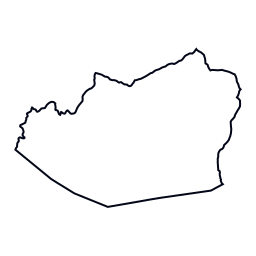 Dewathang, Samdrup Jongkhar, Bhutan
{"feature_id": "84629894B17444418606578", "entity_name": "Dewathang", "entity_type": "district", "adm_level": 2, "iso_a3": "BTN", "parent_name": "Bhutan", "parent_adm1": "Samdrup Jongkhar", "projection": "mercator", "projection_center": [91.51, 26.857], "detail": "fine", "context": "isolated", "style": "outline", "palette": "ink", "viewbox_px": 256, "rotation_deg": 0, "n_neighbors": 0, "source": "geoboundaries", "source_scale": "gbopen_adm2", "svg_char_len": 3776}
<svg xmlns="http://www.w3.org/2000/svg" viewBox="0 0 256 256"><path d="M228.2,71.6L225.0,70.8L221.9,69.9L217.9,70.3L212.4,69.9L210.4,70.4L209.4,69.1L208.2,66.9L207.7,65.0L207.0,64.3L205.5,63.4L205.1,58.9L203.9,54.9L201.3,52.6L198.5,51.1L196.9,50.0L196.3,49.1L195.9,49.6L195.0,50.7L194.3,51.9L192.4,53.5L191.6,53.5L189.6,53.4L188.0,54.4L186.4,55.1L184.8,56.2L183.5,58.0L182.4,59.4L181.1,60.5L179.3,60.9L176.8,62.6L175.2,63.6L173.9,64.0L172.9,63.6L171.5,63.6L169.7,63.9L168.3,64.4L167.0,65.2L165.6,66.4L162.6,67.3L160.4,68.5L159.0,69.3L156.4,70.0L154.8,70.8L153.8,71.6L152.2,72.8L150.6,73.2L148.3,74.7L145.9,76.2L143.4,77.5L141.1,78.7L138.7,79.3L136.5,80.1L134.8,80.3L134.3,81.1L133.6,82.6L132.9,83.3L132.0,84.6L131.6,85.2L131.1,85.7L130.2,86.1L129.4,86.1L128.7,85.9L128.2,85.6L127.2,84.9L127.0,84.6L125.8,84.5L125.0,84.4L124.3,84.3L123.7,84.0L123.0,83.5L122.0,82.8L121.4,82.3L120.9,82.2L120.2,82.2L119.4,82.6L118.9,82.5L118.3,82.2L117.7,81.7L116.6,80.9L115.4,80.4L114.3,80.2L113.9,80.1L113.3,80.1L112.4,80.1L111.6,80.0L111.0,79.7L109.9,79.4L109.3,78.6L108.2,77.4L106.6,76.8L104.9,76.6L103.6,75.8L101.5,74.6L96.7,73.2L95.6,73.0L94.9,74.2L94.5,75.7L94.5,76.5L94.7,78.6L94.2,79.7L94.4,81.2L94.7,83.6L94.3,85.4L93.1,86.7L91.9,87.9L90.6,88.7L89.7,88.8L88.5,89.6L87.6,90.2L86.3,91.2L85.4,92.2L84.5,93.4L83.3,94.9L82.8,95.9L82.5,96.8L82.6,98.2L82.7,99.3L82.4,101.2L81.2,102.6L80.1,103.9L79.1,105.1L78.2,106.4L77.3,107.9L76.6,109.4L76.0,111.0L75.2,112.6L74.6,113.0L73.7,113.5L72.2,113.7L71.2,113.8L70.0,113.0L68.6,111.3L67.5,110.4L66.9,110.7L66.1,111.6L65.2,113.2L64.6,113.7L63.6,113.5L62.6,113.0L61.8,112.3L61.1,112.0L60.8,112.2L60.8,113.2L60.6,113.9L60.2,114.8L59.5,114.6L58.7,113.5L58.1,111.7L57.7,110.7L56.7,110.2L55.8,110.1L55.3,109.6L55.5,108.5L55.6,107.5L55.5,106.5L55.3,105.4L55.1,104.3L55.3,103.4L54.8,103.0L53.7,102.1L52.3,101.9L51.2,101.9L49.5,102.7L48.4,103.5L46.8,105.0L45.7,106.8L44.9,108.0L44.5,108.1L43.2,108.3L42.0,108.3L41.3,108.6L40.5,109.5L39.6,110.5L38.7,111.2L37.6,111.7L36.9,111.6L36.4,110.9L35.7,109.7L35.0,109.3L34.0,109.2L33.3,108.7L32.6,107.8L32.1,107.5L31.8,108.1L31.5,108.5L31.5,109.7L31.0,110.9L30.5,111.5L29.0,112.4L27.9,112.8L27.4,113.2L27.1,113.4L26.9,114.0L27.5,115.2L27.7,115.8L27.5,116.5L26.3,117.8L26.3,119.1L26.2,119.7L25.7,121.0L25.5,121.6L25.4,122.5L24.8,123.0L23.8,123.5L21.7,124.5L20.7,124.9L20.2,125.5L20.1,126.3L20.5,126.8L21.4,127.4L21.9,127.8L22.6,128.5L23.3,130.4L23.6,131.8L23.4,132.8L23.0,133.3L22.6,134.2L22.6,135.1L22.9,135.7L23.6,136.7L24.5,137.4L24.4,138.1L24.0,138.3L22.9,138.3L22.0,138.1L20.7,137.5L19.8,137.4L19.0,137.8L18.5,138.5L18.5,139.4L18.8,140.5L18.7,141.3L18.5,141.7L17.7,142.4L17.3,143.5L17.2,144.5L17.1,145.7L16.9,147.0L16.3,147.7L15.9,148.3L15.4,149.7L51.0,178.9L58.0,183.3L74.4,193.4L107.8,206.9L145.3,200.4L147.3,200.0L160.6,197.8L210.9,190.6L222.8,184.2L222.5,183.9L222.1,183.6L221.5,182.7L221.3,182.2L221.1,181.6L220.9,181.1L220.7,180.7L220.9,180.0L221.0,179.5L220.7,178.9L220.4,178.4L220.3,177.3L219.9,175.8L219.7,174.3L219.7,173.6L219.9,172.9L219.8,171.9L219.6,171.1L218.8,170.6L218.2,170.0L218.2,168.6L218.0,166.6L217.9,164.6L217.7,162.2L217.8,160.6L217.7,158.8L218.2,157.0L218.2,155.7L218.3,153.8L218.6,152.5L219.6,150.7L220.6,149.6L222.0,149.1L223.2,147.9L223.9,146.1L224.2,144.9L225.6,143.7L227.0,142.3L228.0,141.0L228.9,139.8L229.4,138.2L230.2,136.3L231.0,133.0L231.1,131.0L231.3,129.4L231.0,126.6L230.8,124.2L230.7,121.7L231.5,120.3L232.5,119.3L234.4,117.2L235.2,114.6L236.4,112.6L237.9,109.9L238.9,108.5L240.0,106.3L240.1,103.6L240.0,101.9L240.1,100.8L239.2,99.4L237.7,98.0L236.9,97.4L238.1,95.5L238.8,93.3L239.4,90.8L240.6,89.3L240.0,88.7L239.6,88.3L238.9,86.7L238.4,84.6L236.8,81.4L236.5,78.7L235.6,76.0L234.6,74.3L233.1,73.8L230.8,72.6L228.2,71.6Z" fill="none" stroke="#020617" stroke-width="2"/></svg>